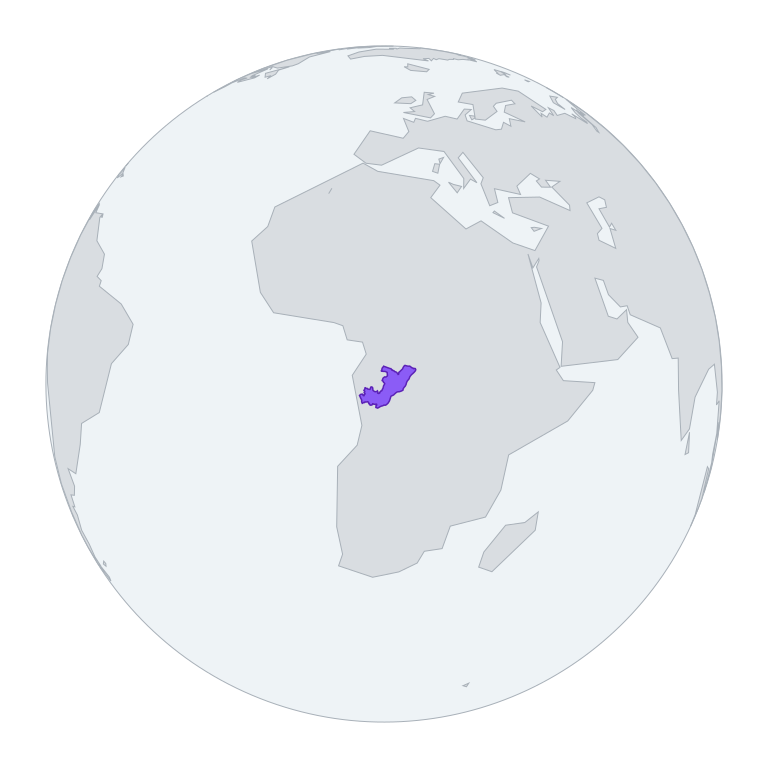 the Earth from above Republic of the Congo, rotated 20°
{"feature_id": "COG", "entity_name": "Republic of the Congo", "entity_type": "country or territory", "adm_level": 0, "iso_a3": "COG", "parent_name": "Africa", "parent_adm1": "", "projection": "orthographic", "projection_center": [14.374, -0.658], "detail": "fine", "context": "on_globe", "style": "filled", "palette": "violet", "viewbox_px": 768, "rotation_deg": 20, "n_neighbors": 0, "source": "natural_earth", "source_scale": "50m", "svg_char_len": 10203}
<svg xmlns="http://www.w3.org/2000/svg" viewBox="0 0 768 768"><g transform="rotate(20 384 384)"><circle cx="384" cy="384" r="338" fill="#eef3f6" stroke="#a8b0b8"/><path d="M227.7,84.4L221.4,88.1L210.8,94.3L207.7,96.5L219.9,90.0L202.1,102.2L193.9,112.4L189.1,116.4L175.8,123.6L170.6,123.9L153.5,137.4L167.1,127.6L154.7,139.4L153.7,141.4L155.9,140.8L161.5,136.2L157.8,140.5L143.0,150.7L146.1,146.9L150.8,143.3L148.2,144.1L138.2,152.9L132.7,159.2L124.0,168.2L141.9,148.2L161.4,129.8L182.2,112.9L204.4,97.8L227.7,84.4ZM119.6,173.6L119.2,174.1L119.0,174.4L119.6,173.6ZM51.6,323.4L52.4,319.0L54.8,311.0L51.1,330.5L55.3,312.4L54.6,321.6L61.5,320.3L60.0,324.7L65.2,347.6L76.9,357.6L79.5,372.1L77.6,381.0L82.9,383.6L83.1,389.5L109.7,398.7L127.8,413.7L130.2,434.3L120.9,458.1L126.2,508.2L113.3,524.5L119.2,544.6L125.1,573.7L116.1,571.6L128.2,585.9L131.1,594.5L127.8,595.2L135.5,605.2L133.5,605.4L140.7,612.0L149.9,624.8L161.7,635.2L171.5,645.3L179.3,651.2L178.5,651.1L180.9,653.3L185.2,656.6L177.2,651.2L160.9,637.7L153.4,630.8L152.0,629.7L134.7,611.6L137.8,615.4L114.9,588.0L99.5,564.9L67.4,497.9L62.3,484.6L57.3,470.2L51.8,446.1L48.2,421.7L46.3,397.1L46.3,372.4L48.0,347.8L51.6,323.4ZM68.2,263.8L67.1,266.8L66.8,267.6L68.2,263.8ZM194.8,662.6L179.9,653.2L186.3,657.4L180.5,652.3L192.0,659.4L194.8,662.6ZM181.8,649.1L181.2,646.3L184.0,647.9L185.1,650.3L181.8,649.1ZM716.3,322.4L711.8,305.4L716.2,329.4L720.2,351.4L721.8,376.4L721.1,367.5L718.8,345.7L716.9,337.8L713.6,316.6L704.7,285.1L703.6,290.0L700.1,277.7L687.7,252.4L684.0,259.1L680.8,289.9L686.4,321.7L682.6,335.4L662.9,289.0L651.6,259.0L646.1,261.6L624.5,236.8L591.7,234.7L585.7,227.3L579.8,230.7L564.4,223.3L554.7,211.6L546.0,212.4L571.6,243.6L580.7,243.2L586.5,231.2L592.0,242.7L606.7,253.2L595.3,281.1L544.4,306.8L537.3,283.2L487.3,221.8L487.5,215.2L487.2,214.4L486.5,213.1L484.2,224.0L474.8,212.6L503.9,254.1L509.7,272.8L543.7,308.2L541.1,311.9L551.4,319.5L581.7,310.6L582.3,318.5L569.3,355.9L525.4,408.0L530.1,443.7L524.9,474.3L494.9,494.9L494.9,518.8L479.1,527.4L476.4,540.9L462.2,555.5L439.4,569.5L403.5,570.4L403.3,558.1L388.4,534.4L368.6,477.2L379.7,450.7L377.4,430.5L351.2,386.7L357.1,362.0L349.5,352.0L334.3,355.1L325.4,343.3L316.0,343.4L255.9,354.8L236.5,340.2L210.8,294.9L220.9,275.8L220.9,255.0L288.8,183.6L305.3,186.3L361.2,175.9L368.6,178.0L364.2,192.9L408.0,210.3L419.4,197.5L456.8,207.4L480.2,207.0L484.6,179.4L446.2,179.2L437.3,166.3L466.3,155.1L499.5,157.4L497.2,152.5L474.3,141.5L480.0,133.4L466.1,137.3L473.2,142.1L464.7,145.1L457.7,141.1L460.0,138.1L449.5,136.0L441.2,152.6L447.5,159.2L421.0,162.7L428.9,174.5L422.4,180.3L406.6,162.7L406.7,156.2L378.9,139.3L376.4,146.1L402.5,163.1L395.2,161.9L392.0,173.0L388.7,163.6L360.9,145.0L335.7,150.4L306.9,179.2L291.6,182.7L277.2,178.4L284.4,150.8L318.0,146.5L321.0,138.3L311.5,127.8L322.5,127.9L322.7,123.6L335.1,122.2L349.9,111.5L362.1,110.0L365.4,98.2L372.1,96.2L368.2,103.4L372.1,108.3L402.1,106.9L407.2,104.4L406.8,97.2L415.1,98.4L411.0,91.8L427.0,89.4L404.0,87.4L403.0,80.7L411.2,75.9L406.7,73.7L393.4,81.8L391.8,85.6L397.0,89.2L389.0,101.4L379.2,103.8L372.0,91.0L357.3,93.6L358.1,83.9L393.8,65.5L410.0,62.9L442.2,70.6L439.9,73.9L427.2,72.4L441.3,79.1L439.0,75.9L445.9,77.5L446.7,72.8L451.7,73.8L444.0,68.2L450.1,68.9L454.9,72.4L461.3,67.8L473.3,69.1L472.4,67.7L468.0,65.9L486.2,69.7L484.7,68.5L478.2,66.8L470.9,63.7L465.3,60.2L471.9,61.6L474.8,63.1L490.9,69.1L497.7,73.7L499.8,74.1L495.5,70.5L475.9,63.0L470.6,60.6L480.4,63.6L476.4,62.3L475.9,61.6L481.5,62.6L471.0,59.3L457.5,54.2L481.4,60.4L504.7,68.4L527.4,78.0L549.4,89.3L570.4,102.1L590.5,116.5L609.4,132.3L627.2,149.4L643.7,167.7L658.7,187.3L672.4,207.8L684.4,229.3L694.9,251.7L703.8,274.7L710.9,298.3L716.3,322.4ZM268.1,217.9L266.9,223.9L266.9,224.0L268.1,217.9ZM536.9,175.4L555.4,177.3L543.2,160.6L549.3,160.3L542.9,155.1L542.2,159.4L526.1,145.8L532.6,141.9L528.4,135.4L522.0,134.6L512.6,144.4L535.6,163.2L533.1,169.7L536.9,175.4ZM61.8,320.0L62.2,323.7L60.7,323.9L61.8,320.0ZM67.1,276.1L67.9,277.7L66.0,279.3L67.1,276.1ZM66.6,268.7L66.4,275.7L62.8,281.6L63.3,277.6L64.4,275.6L66.6,268.7ZM155.6,138.8L156.7,138.1L157.7,138.5L154.9,140.5L155.6,138.8ZM176.2,129.9L169.8,137.2L172.4,132.9L167.3,136.4L166.4,132.6L186.6,118.3L177.6,125.1L176.2,129.9ZM170.9,124.8L169.2,128.0L170.3,125.2L170.9,124.8ZM311.8,104.7L316.9,106.6L313.3,111.4L297.9,116.2L302.8,109.0L311.8,104.7ZM324.8,108.5L322.0,96.1L331.5,93.6L326.6,96.9L333.2,96.4L327.2,101.9L339.0,112.8L336.7,118.0L309.4,122.2L319.6,117.5L314.1,115.5L324.8,108.5ZM297.9,77.9L296.8,75.0L318.8,72.9L317.3,76.0L301.8,80.2L294.4,79.0L297.9,77.9ZM277.4,63.3L265.3,67.9L262.2,69.0L255.0,72.9L244.2,77.4L249.2,74.5L235.4,81.6L235.6,80.8L227.2,85.5L238.7,78.9L243.5,76.7L253.7,72.2L257.9,70.5L259.4,69.9L277.4,63.3ZM315.1,53.2L322.7,51.8L326.5,51.0L338.8,49.2L342.0,49.4L346.0,48.7L355.6,47.9L359.3,48.4L350.9,48.9L361.1,49.5L351.4,50.5L353.2,50.5L347.1,52.0L342.7,54.0L338.0,54.5L338.4,55.2L334.3,56.6L333.2,57.8L324.3,59.5L322.2,61.4L319.2,61.1L318.0,64.1L314.9,62.7L309.4,65.0L315.3,65.2L270.2,75.7L253.7,82.8L241.5,90.1L237.9,88.0L246.9,80.6L262.2,72.0L278.7,66.1L274.0,66.8L280.5,64.4L281.5,64.8L283.9,62.9L289.5,61.2L303.2,56.6L303.2,55.9L308.2,54.7L311.0,54.1L313.7,53.5L315.1,53.2ZM343.7,48.5L341.9,48.8L330.5,50.3L343.7,48.5ZM375.6,172.3L381.1,172.7L389.3,171.8L387.4,179.3L375.6,172.3ZM356.4,159.6L361.1,158.5L362.5,167.5L356.9,167.6L356.4,159.6ZM362.5,150.7L361.3,157.7L358.6,153.9L362.5,150.7ZM372.5,102.4L377.4,101.3L378.4,103.0L376.2,105.7L372.5,102.4ZM387.7,54.1L383.2,53.4L384.4,53.0L379.8,50.9L386.7,50.5L392.1,51.6L387.7,54.1ZM478.8,184.0L472.8,189.2L468.9,186.7L471.7,185.3L478.8,184.0ZM428.5,183.7L440.6,187.1L427.8,185.7L428.5,183.7ZM394.4,53.3L391.7,52.4L396.8,52.9L394.4,53.3ZM391.4,50.2L397.2,50.5L387.0,50.3L391.4,50.2ZM566.0,636.1L565.0,640.3L561.4,640.5L566.0,636.1ZM576.1,469.7L549.6,523.5L535.6,523.7L535.3,507.7L546.6,475.1L563.7,466.0L572.7,451.4L576.1,469.7ZM720.7,412.9L721.1,400.3L716.2,351.1L718.1,352.6L721.9,383.3L721.8,388.1L721.8,393.2L720.7,412.9ZM687.6,324.8L693.7,344.4L691.0,347.3L687.6,324.8ZM448.9,55.3L447.6,57.9L451.2,61.1L460.3,64.1L446.9,61.7L441.4,56.7L448.9,55.3ZM453.8,53.4L454.5,53.5L449.4,52.5L453.8,53.4ZM449.5,52.5L439.2,50.7L434.8,49.9L443.8,51.4L449.5,52.5ZM417.0,50.0L416.1,50.7L412.0,50.1L417.0,50.0Z" fill="#d9dde1" stroke="#a8b0b8" stroke-width="1"/><path d="M364.9,403.2L365.3,402.3L365.5,401.9L365.8,401.6L367.1,400.9L367.3,400.9L368.2,401.8L368.5,401.9L368.8,401.9L369.1,401.9L369.3,401.7L369.1,401.2L369.0,400.9L369.2,400.6L369.3,400.3L369.6,399.9L369.6,399.7L369.3,399.5L368.8,399.2L368.3,398.9L368.2,398.6L368.3,398.2L368.6,397.9L368.6,397.7L368.3,397.4L368.1,397.1L367.9,397.0L367.3,396.8L367.4,396.5L367.6,395.9L367.7,395.4L367.5,394.3L367.5,394.0L367.7,393.9L368.0,394.1L368.4,394.2L369.4,394.0L369.7,393.9L370.0,394.2L370.4,394.3L372.6,393.9L372.7,393.4L372.8,392.9L372.8,392.6L372.7,392.4L372.6,392.2L372.6,391.9L372.6,391.5L372.8,391.3L373.5,390.9L374.2,391.1L374.7,391.5L375.1,392.3L375.4,393.0L375.9,393.8L376.8,394.1L378.0,394.3L378.6,394.2L379.5,393.6L380.1,393.0L380.2,392.7L380.5,392.9L380.9,393.6L381.1,393.9L381.1,394.1L381.0,394.4L381.1,394.7L381.8,394.8L382.3,394.7L382.6,394.4L383.0,394.0L383.0,393.7L382.8,393.5L382.8,393.2L383.0,393.0L383.2,392.4L383.3,391.9L383.5,391.6L383.9,391.4L384.1,391.3L384.3,390.2L384.2,389.8L384.2,389.5L384.4,389.1L384.5,388.5L384.4,387.4L384.3,386.6L384.2,385.8L384.4,384.8L384.6,383.8L384.6,383.5L384.3,383.2L383.9,382.9L383.0,382.6L382.7,382.3L382.4,381.8L382.2,381.7L381.2,381.5L381.0,381.3L381.1,380.7L381.1,379.7L381.1,379.0L381.3,378.4L381.5,378.0L381.9,377.6L382.2,377.1L382.3,377.0L383.2,376.9L383.5,376.7L383.7,376.4L383.8,376.1L384.1,375.7L384.4,375.3L384.4,375.1L384.3,374.8L384.1,374.2L383.8,373.7L383.6,373.5L383.2,372.3L382.9,372.0L382.2,371.9L380.9,371.8L380.1,372.0L379.0,372.4L378.1,372.6L377.5,372.8L377.2,372.8L377.0,372.6L377.2,372.4L377.4,372.1L377.2,371.5L377.0,371.1L376.9,370.4L376.9,369.6L377.1,368.8L377.6,367.8L377.6,367.4L379.0,367.4L380.5,367.4L382.0,367.4L383.5,367.4L384.6,367.4L385.2,367.2L385.7,367.5L386.0,367.6L386.3,367.9L387.0,367.9L387.1,368.3L387.7,368.2L388.0,368.3L388.3,368.3L388.6,368.1L388.9,368.2L389.4,368.4L389.7,368.7L390.1,368.6L391.2,368.6L392.1,368.8L392.9,369.4L393.4,369.7L393.9,370.2L394.1,370.1L394.3,370.0L394.4,369.5L394.1,368.8L394.0,368.2L394.1,367.7L394.3,367.3L394.6,367.1L394.7,366.8L394.7,366.7L395.1,365.9L395.5,365.1L395.9,364.2L396.3,363.4L396.3,363.0L396.3,362.5L396.4,361.8L396.4,361.5L396.5,361.2L396.8,360.3L396.9,359.7L397.2,359.5L397.5,359.3L398.1,359.3L399.5,359.2L400.8,358.9L401.2,358.8L402.0,358.4L402.3,358.4L402.6,358.6L404.2,359.0L404.6,359.2L404.8,359.2L405.0,359.2L405.4,359.2L405.8,359.1L406.0,359.2L406.3,359.5L406.5,359.5L406.7,359.3L407.2,359.0L408.1,358.8L408.3,358.9L408.6,359.4L408.9,359.6L409.0,360.7L408.6,361.9L408.2,362.9L407.4,364.5L406.6,365.9L405.8,368.3L405.8,370.0L405.7,371.1L405.4,371.7L404.8,373.5L404.7,375.1L404.9,377.0L404.7,378.7L404.0,380.4L403.7,381.8L403.9,383.4L402.7,384.7L401.1,386.0L400.1,386.4L399.3,386.8L398.8,387.3L398.6,387.6L398.2,388.2L397.2,390.1L396.8,391.0L396.1,391.7L395.2,392.6L394.8,393.0L394.7,393.6L394.8,394.7L394.9,398.0L394.7,399.0L394.4,400.5L393.5,402.3L392.8,403.3L392.1,403.6L391.2,403.9L390.8,404.2L390.5,404.7L390.0,405.1L389.3,405.5L388.3,406.4L387.2,407.8L386.4,408.7L386.0,408.9L385.5,408.9L385.1,408.7L384.7,408.7L384.5,408.8L384.4,408.7L384.2,408.6L384.2,408.3L384.2,407.7L383.9,407.1L384.2,406.7L384.4,406.3L384.4,406.2L384.2,405.9L383.9,405.5L383.7,405.5L383.1,405.8L382.6,406.1L382.1,406.2L381.7,406.4L381.5,406.5L381.1,406.5L380.9,406.4L380.5,406.3L380.3,406.3L380.1,406.4L380.1,406.9L380.0,407.3L379.9,407.7L379.8,407.9L379.2,408.2L378.7,408.4L378.4,408.6L378.1,408.6L377.7,408.2L377.2,407.9L377.0,407.6L376.8,407.3L376.7,407.3L376.4,407.2L376.3,407.4L376.2,407.3L375.8,406.9L375.2,406.3L375.0,406.2L374.7,406.2L374.3,406.5L373.8,406.8L373.0,407.2L372.3,407.3L372.2,407.6L372.1,408.0L371.9,408.2L371.2,408.3L371.0,408.6L370.5,409.3L370.2,409.6L369.9,409.3L369.4,408.8L369.0,408.1L368.9,407.9L368.8,407.7L368.7,407.0L368.1,406.3L366.5,404.9L366.3,404.5L364.9,403.2Z" fill="#8b5cf6" stroke="#5b21b6" stroke-width="1.5"/></g></svg>